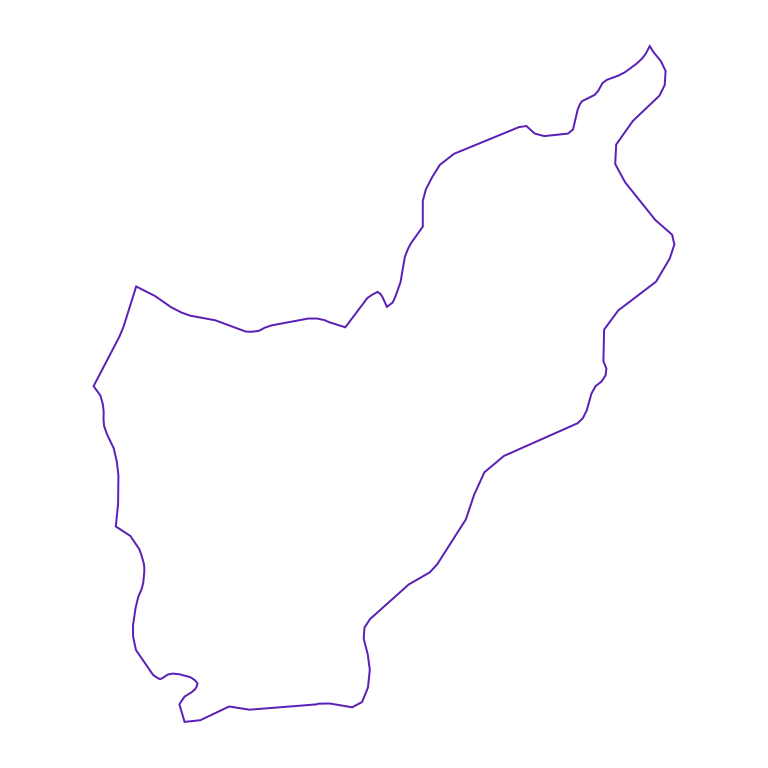 the Province of Kunar
{"feature_id": "AFG-1762", "entity_name": "Kunar", "entity_type": "Province", "adm_level": 1, "iso_a3": "AFG", "parent_name": "Afghanistan", "parent_adm1": "", "projection": "equal_earth", "projection_center": [71.083, 34.998], "detail": "fine", "context": "isolated", "style": "outline", "palette": "violet", "viewbox_px": 768, "rotation_deg": 0, "n_neighbors": 0, "source": "natural_earth", "source_scale": "10m", "svg_char_len": 1875}
<svg xmlns="http://www.w3.org/2000/svg" viewBox="0 0 768 768"><path d="M569.5,426.8L503.8,456.0L484.4,472.3L474.2,494.6L465.9,519.3L437.2,564.3L429.8,572.3L408.7,584.5L370.2,618.9L364.5,627.4L363.7,638.5L367.8,654.7L369.8,669.7L368.0,687.4L362.1,702.0L352.1,707.3L329.8,703.5L318.3,703.7L316.9,704.3L316.2,704.4L249.6,709.7L229.1,706.5L200.3,720.2L184.6,721.9L179.4,704.5L181.5,701.0L184.7,696.5L192.1,691.9L195.2,689.1L196.8,686.3L197.5,683.3L195.0,680.3L190.4,677.2L179.0,674.2L172.8,673.6L167.9,674.5L162.3,678.2L160.0,679.2L156.0,677.0L153.0,674.8L136.0,650.1L133.1,636.6L133.0,625.2L135.6,607.9L138.2,597.1L141.9,588.3L143.3,582.5L144.3,571.7L144.3,567.8L143.8,563.4L141.3,554.7L139.3,549.2L130.4,536.0L115.8,526.5L118.1,503.8L118.4,475.2L116.8,461.6L113.7,448.2L107.0,434.3L104.0,425.7L103.5,418.7L103.7,412.1L102.9,404.4L100.4,395.6L93.6,386.1L119.4,336.6L123.4,327.1L136.2,286.5L155.0,296.0L171.1,307.2L181.6,312.6L190.4,315.7L215.3,320.3L245.9,331.6L251.3,331.8L258.7,330.9L265.0,327.6L271.5,325.4L308.5,318.5L316.8,318.5L324.5,320.1L328.9,322.1L345.3,327.3L367.4,298.0L372.2,294.7L377.5,291.9L380.3,293.8L382.5,297.1L386.9,306.8L392.7,302.5L395.4,296.6L400.5,282.2L404.9,256.7L408.1,248.6L411.0,243.2L422.8,226.6L422.8,200.9L425.9,189.2L432.3,176.9L439.9,164.8L454.0,153.8L519.0,127.1L526.4,126.0L534.6,133.5L544.3,136.1L567.9,133.6L573.0,129.5L577.7,109.6L579.7,104.6L582.0,101.2L594.8,94.8L598.5,90.4L602.4,83.2L606.9,79.8L618.2,75.7L625.0,72.2L636.8,63.5L642.2,58.4L645.9,53.5L649.7,46.1L653.7,52.4L660.9,61.2L665.6,71.0L664.7,85.1L659.4,95.7L632.9,120.9L616.2,144.5L615.2,164.0L625.1,182.3L655.4,220.1L672.1,234.7L674.4,244.4L669.7,258.6L656.0,281.7L618.3,310.4L604.1,329.6L603.4,361.3L606.4,368.6L605.5,375.4L601.7,381.3L595.8,386.0L595.7,386.0L591.4,393.7L586.7,410.5L582.8,418.2L577.5,423.3L569.5,426.8Z" fill="none" stroke="#5b21b6" stroke-width="2"/></svg>